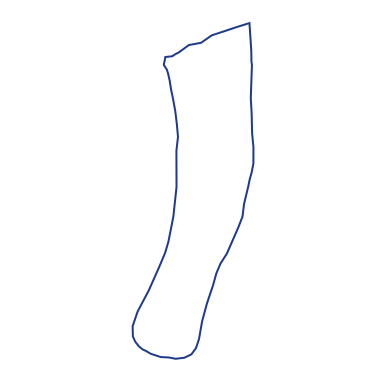 outline of Dimes, Kayangel, Palau, rotated 357°
{"feature_id": "81905179B70449898800022", "entity_name": "Dimes", "entity_type": "district", "adm_level": 2, "iso_a3": "PLW", "parent_name": "Palau", "parent_adm1": "Kayangel", "projection": "natural_earth1", "projection_center": [134.718, 8.077], "detail": "fine", "context": "isolated", "style": "outline", "palette": "blue", "viewbox_px": 384, "rotation_deg": 357, "n_neighbors": 0, "source": "geoboundaries", "source_scale": "gbopen_adm2", "svg_char_len": 901}
<svg xmlns="http://www.w3.org/2000/svg" viewBox="0 0 384 384"><g transform="rotate(357 192 192)"><path d="M172.5,55.8L170.7,62.7L170.5,63.8L171.6,65.5L173.4,68.7L174.4,73.0L175.5,79.4L176.5,88.8L178.0,98.5L179.5,110.2L180.4,123.1L180.9,136.2L178.6,149.9L176.8,186.2L172.1,215.6L165.9,240.2L162.0,251.3L155.0,265.8L143.7,288.0L131.4,308.6L125.7,322.9L125.4,333.0L127.4,338.4L130.9,343.4L134.4,346.6L137.3,348.1L142.6,351.5L152.2,355.2L160.0,356.0L167.0,357.7L175.7,357.1L182.9,354.1L187.8,348.1L191.3,339.2L195.4,321.4L201.2,303.8L208.2,286.1L212.1,274.4L216.8,264.8L223.5,255.5L236.3,230.0L241.1,219.3L243.4,206.5L248.3,190.0L250.4,182.0L252.6,175.6L254.8,166.8L255.7,150.8L255.1,136.1L255.7,116.2L255.6,101.6L258.5,68.3L258.2,64.8L258.6,53.4L258.2,26.3L244.3,29.9L219.9,36.6L208.8,43.5L196.5,45.1L186.0,52.0L182.9,53.3L179.4,55.4L172.5,55.8Z" fill="none" stroke="#1e3a8a" stroke-width="2"/></g></svg>